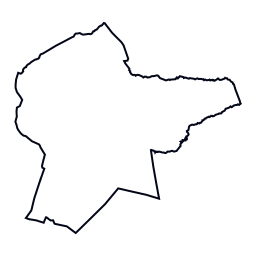 the district of Villa Díaz Ordaz, Oaxaca, Mexico
{"feature_id": "50627088B66246693607195", "entity_name": "Villa Díaz Ordaz", "entity_type": "district", "adm_level": 2, "iso_a3": "MEX", "parent_name": "Mexico", "parent_adm1": "Oaxaca", "projection": "albers", "projection_center": [-96.35, 17.054], "detail": "fine", "context": "isolated", "style": "outline", "palette": "ink", "viewbox_px": 256, "rotation_deg": 0, "n_neighbors": 0, "source": "geoboundaries", "source_scale": "gbopen_adm2", "svg_char_len": 4796}
<svg xmlns="http://www.w3.org/2000/svg" viewBox="0 0 256 256"><path d="M128.0,58.1L123.6,45.4L121.6,42.4L112.1,32.8L104.7,23.2L103.8,23.0L103.6,23.2L103.3,23.8L102.6,24.4L102.1,25.2L101.5,25.6L101.2,25.7L100.6,25.7L99.2,26.6L96.8,29.5L95.1,30.2L94.9,30.3L94.7,30.7L94.7,30.8L94.5,31.0L94.4,31.1L94.0,31.3L93.8,31.3L93.6,31.2L93.4,31.2L92.7,32.2L92.3,33.0L92.2,33.2L91.9,33.5L91.2,33.9L90.9,34.0L90.5,34.2L90.4,34.2L89.2,33.9L88.8,33.9L88.7,33.9L86.6,34.2L83.5,34.6L83.1,34.6L82.5,34.5L82.2,34.4L80.7,33.6L80.2,33.2L79.8,33.1L79.5,33.1L79.1,33.2L77.7,33.5L76.0,33.5L74.9,34.3L74.6,34.8L73.8,36.3L73.6,36.6L71.9,37.3L71.0,37.8L55.6,45.9L42.6,53.7L41.2,54.0L40.5,54.7L40.1,55.2L39.6,56.3L39.3,57.0L39.3,57.5L38.7,58.4L37.9,58.8L37.3,58.8L36.8,59.3L35.3,59.5L31.3,62.0L30.6,62.6L29.8,63.4L27.6,64.7L26.6,65.9L26.1,66.5L26.1,67.2L24.7,67.6L23.2,69.3L23.0,70.6L23.2,71.4L22.5,72.1L22.3,72.6L20.7,73.7L18.2,72.8L16.1,79.6L15.6,84.8L15.6,87.9L16.9,92.0L20.5,97.0L22.2,99.9L19.8,106.0L16.9,107.6L16.5,111.5L16.8,116.6L15.4,121.7L16.6,125.2L17.3,128.2L18.4,130.2L20.7,133.3L23.2,135.4L23.5,135.6L25.8,136.1L31.9,141.2L39.0,144.4L39.9,145.7L40.5,147.4L44.9,154.6L43.6,159.4L42.0,165.9L42.3,167.6L44.3,168.7L43.3,171.5L41.7,176.1L41.5,176.6L41.1,177.8L40.8,178.6L40.5,179.7L40.4,179.7L40.4,179.9L39.3,182.9L39.2,183.4L39.0,183.9L38.0,187.0L37.8,187.5L37.1,189.7L36.0,193.1L34.8,196.7L34.1,199.1L32.2,206.9L32.2,207.1L31.3,210.5L29.6,212.9L28.0,215.1L27.3,216.1L25.9,218.0L29.4,219.3L30.3,219.4L32.4,219.7L33.0,219.8L33.3,219.9L33.8,220.0L35.9,220.3L37.7,220.8L39.0,221.3L40.8,221.8L43.7,222.7L44.9,219.7L46.0,217.3L46.3,217.4L46.6,217.4L48.2,218.6L48.6,219.0L50.8,220.5L53.1,220.3L54.4,223.4L54.8,223.8L57.5,224.4L66.9,226.4L75.7,233.0L80.3,228.5L89.0,220.0L105.1,204.1L118.2,188.4L129.0,190.9L146.3,194.8L159.1,198.7L156.1,182.4L153.3,166.5L150.9,150.1L151.5,149.9L151.9,150.1L152.2,150.4L152.5,150.5L152.9,150.5L153.4,150.5L153.7,150.6L153.9,150.8L154.2,151.1L154.5,151.6L155.0,151.7L155.1,152.1L155.2,152.5L156.0,151.5L156.3,151.6L156.5,152.0L156.9,152.0L156.7,151.7L158.1,151.8L158.9,151.6L159.8,151.8L162.4,152.5L163.0,152.5L164.0,152.6L164.4,152.8L164.8,153.0L165.2,153.1L165.7,153.0L166.5,152.6L167.1,151.9L167.5,151.6L167.9,151.7L168.1,151.6L169.8,151.6L170.5,151.3L171.6,150.9L172.1,150.8L174.1,151.6L174.3,151.5L176.4,151.0L176.8,150.7L177.5,149.7L178.6,148.4L179.7,147.0L180.2,146.4L180.6,145.9L180.5,145.5L180.3,144.9L180.4,144.3L180.9,143.7L181.0,143.4L181.4,142.9L181.6,142.8L181.8,142.6L181.6,142.5L181.4,142.3L181.1,142.0L181.4,142.0L181.9,141.8L182.6,141.4L182.4,141.4L182.1,141.2L182.5,141.1L182.6,140.8L182.8,140.3L183.1,140.5L183.7,140.6L184.1,140.5L183.9,140.3L184.6,140.4L184.6,139.8L185.0,139.7L185.2,139.8L185.2,139.6L185.4,139.7L185.4,139.4L185.6,139.5L185.6,139.4L185.5,139.1L185.9,139.2L185.8,138.9L186.1,139.0L186.1,138.8L186.3,138.9L186.3,138.6L186.6,138.7L186.6,138.4L186.9,138.5L186.9,138.2L186.6,137.9L186.6,137.4L186.4,137.4L186.2,137.3L186.1,137.1L186.1,136.7L186.3,136.4L186.7,136.4L187.8,135.6L188.0,135.4L188.6,134.6L188.3,133.2L187.1,132.0L186.8,131.1L188.5,130.0L189.0,126.8L189.2,126.4L189.5,126.0L190.3,125.4L191.2,125.0L192.2,124.6L193.7,125.0L195.4,124.3L196.3,124.3L197.1,124.0L197.6,123.0L199.5,123.4L200.0,122.8L200.7,122.8L201.1,122.6L201.7,121.7L202.4,121.0L202.4,120.3L203.3,120.2L204.5,119.4L204.6,118.7L205.9,118.4L206.4,117.7L207.7,117.3L208.6,116.7L209.5,117.1L210.6,116.3L211.0,115.8L211.7,116.0L212.3,115.9L212.7,116.3L213.8,116.1L215.8,114.7L218.6,113.9L219.1,113.4L221.0,113.5L222.1,112.3L222.1,112.0L224.7,110.6L225.7,108.7L226.2,108.7L227.6,108.1L228.5,107.9L229.7,107.2L230.2,106.6L230.5,106.4L231.7,107.2L234.0,105.4L235.4,105.1L237.2,104.9L237.8,104.3L238.2,104.4L239.1,104.9L240.6,103.7L240.4,103.5L239.8,101.0L235.5,89.7L233.9,84.3L233.0,83.9L232.7,82.5L231.0,81.6L229.6,79.8L228.0,79.6L227.4,79.0L227.1,78.3L225.8,78.2L225.1,77.8L224.5,78.6L221.2,79.9L219.6,79.9L218.2,78.5L217.6,78.6L216.9,79.4L214.4,80.8L213.8,80.6L213.6,80.0L212.6,79.8L212.3,80.3L211.3,80.0L210.2,80.4L209.6,79.6L209.1,79.9L206.7,80.3L205.3,79.6L204.1,80.2L203.5,79.2L202.4,79.4L201.6,78.9L198.6,79.0L197.5,78.4L196.3,78.7L195.1,79.4L194.1,78.8L189.8,78.1L188.9,78.7L185.2,77.5L183.8,78.0L183.5,77.1L179.8,76.2L179.3,77.1L178.7,77.2L177.9,78.3L177.0,77.5L176.7,78.3L175.9,78.3L175.5,79.2L172.0,79.5L171.0,79.5L169.9,80.0L169.6,79.6L168.5,79.6L166.0,80.4L160.0,78.1L159.1,77.0L158.9,76.5L157.8,75.5L156.8,75.4L153.9,76.1L151.8,76.2L149.5,77.3L147.3,77.5L146.6,76.8L144.8,76.6L143.4,77.5L142.3,76.5L139.1,75.1L137.3,74.8L135.7,75.7L135.4,75.1L134.0,74.8L133.2,75.1L131.4,74.2L130.7,73.0L130.0,72.1L130.2,71.3L129.6,70.7L129.1,70.1L129.3,69.9L129.5,69.2L129.2,68.5L125.5,63.7L124.1,61.1L127.5,60.6L128.2,58.6L128.0,58.1Z" fill="none" stroke="#020617" stroke-width="2"/></svg>